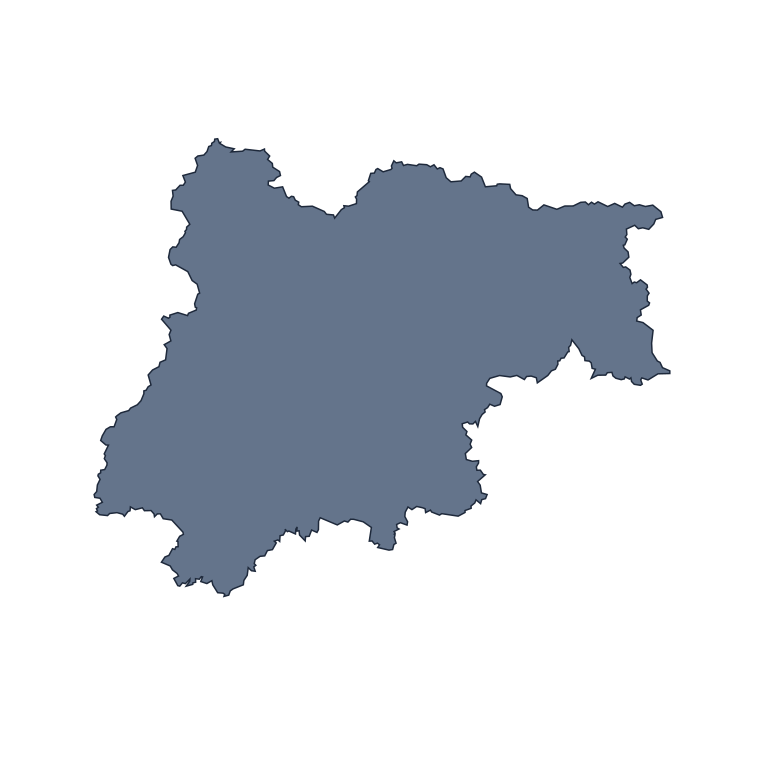 Trentino-Alto Adige, Bozen, Italy (Mercator projection), rotated 20°
{"feature_id": "23120603B10307341449000", "entity_name": "Trentino-Alto Adige", "entity_type": "district", "adm_level": 2, "iso_a3": "ITA", "parent_name": "Italy", "parent_adm1": "Bozen", "projection": "mercator", "projection_center": [11.286, 46.382], "detail": "fine", "context": "isolated", "style": "filled", "palette": "slate", "viewbox_px": 768, "rotation_deg": 20, "n_neighbors": 0, "source": "geoboundaries", "source_scale": "gbopen_adm2", "svg_char_len": 6170}
<svg xmlns="http://www.w3.org/2000/svg" viewBox="0 0 768 768"><g transform="rotate(20 384 384)"><path d="M231.1,584.4L245.8,592.0L246.9,593.9L244.1,597.0L243.1,602.5L244.2,602.4L246.2,607.3L244.2,608.2L244.0,611.0L241.6,611.1L240.5,618.6L237.3,621.5L235.8,627.6L245.3,628.1L248.8,631.0L254.4,632.8L256.6,634.7L253.0,638.6L259.2,644.0L261.2,643.8L262.6,639.8L265.7,639.5L268.3,633.7L268.9,635.9L267.3,641.6L272.8,637.7L272.5,636.2L274.8,634.7L273.5,631.4L277.2,630.6L278.2,627.5L279.5,627.3L279.4,632.3L285.8,632.1L289.5,627.7L291.8,631.3L299.1,637.0L304.2,635.6L306.3,636.1L306.3,638.3L310.3,635.5L310.3,631.0L312.2,628.2L320.5,620.8L319.5,616.6L320.9,610.6L319.2,603.0L323.3,604.8L327.0,604.0L324.2,600.4L325.6,598.2L323.5,597.2L323.0,593.2L326.5,588.3L330.7,586.3L331.4,580.4L335.8,577.8L337.1,570.2L334.7,569.2L337.6,566.8L339.8,567.6L338.2,562.1L341.0,560.3L341.7,555.4L340.6,554.3L343.7,555.8L344.9,554.7L352.1,555.2L350.8,550.5L351.3,548.0L352.3,552.1L354.4,551.0L356.3,554.8L363.6,558.4L362.5,554.2L365.8,552.7L365.9,546.0L371.8,546.4L372.2,543.3L369.4,535.2L369.8,531.5L388.3,532.4L393.6,526.3L397.3,526.1L398.9,522.5L401.8,521.5L411.6,520.6L421.2,523.1L423.9,536.7L426.5,535.6L430.0,537.7L432.3,535.8L434.8,536.6L434.0,539.8L445.5,538.4L448.7,536.6L448.2,531.4L449.8,529.5L446.3,524.8L445.9,521.8L445.0,521.6L445.5,520.4L443.9,519.2L447.7,515.1L445.5,514.7L443.9,511.7L446.9,508.7L453.9,508.7L453.3,505.4L448.9,501.4L447.8,497.2L448.6,491.4L453.2,492.5L456.6,487.9L462.5,487.1L465.3,487.1L467.1,490.6L470.8,486.6L472.5,488.0L481.0,488.2L482.6,486.1L498.9,482.8L504.1,477.0L503.4,475.2L508.4,471.0L507.5,468.9L510.0,464.7L510.1,461.4L515.7,463.4L515.4,459.2L518.6,457.0L518.7,452.6L512.8,453.0L509.0,446.2L505.3,443.6L510.2,434.7L508.3,435.0L504.0,432.0L500.8,433.3L499.1,430.3L499.9,426.0L499.1,423.7L493.5,426.4L487.2,426.8L484.2,421.5L488.1,413.7L485.5,411.1L485.6,406.7L478.3,403.8L478.2,400.3L472.7,397.8L471.1,394.6L475.6,391.1L478.0,392.2L481.2,391.1L482.7,387.9L486.7,391.9L485.7,384.0L486.6,379.1L488.6,375.7L487.2,373.7L489.4,370.8L490.3,366.8L495.5,367.1L500.1,363.6L499.5,355.6L497.1,353.0L481.0,350.7L480.2,348.2L481.5,342.5L489.7,336.5L500.2,334.2L505.9,330.5L514.4,331.8L515.4,328.2L519.6,326.2L525.0,326.0L527.7,330.5L535.0,320.0L536.8,314.4L540.0,311.5L540.7,306.0L539.4,303.0L541.2,302.1L541.6,299.2L544.3,297.9L545.7,291.1L546.9,290.2L545.0,286.4L546.1,283.8L545.4,278.2L555.0,284.2L560.3,289.4L563.1,289.9L564.8,293.3L569.1,292.3L571.5,293.3L574.2,298.1L577.6,297.8L576.8,307.9L581.9,302.6L589.3,299.8L590.0,297.0L594.2,295.1L596.4,298.1L599.9,299.3L605.4,298.8L608.1,297.0L608.1,294.8L613.0,295.4L613.9,293.8L615.8,297.0L619.2,298.7L625.5,297.5L626.7,295.8L623.8,292.3L624.2,290.1L630.7,289.9L638.0,280.7L649.0,276.4L648.1,273.9L640.1,273.4L636.0,269.3L633.0,268.9L625.2,262.9L621.5,254.1L618.5,241.5L606.4,237.7L599.9,238.4L599.2,235.0L602.1,231.2L599.6,226.6L605.8,219.5L605.8,217.0L603.0,216.0L601.3,211.1L602.0,208.0L597.8,205.2L598.5,203.0L597.4,200.9L589.4,198.4L586.8,202.4L584.3,202.6L582.8,204.8L578.5,199.8L578.5,196.5L576.2,192.8L571.1,191.3L569.0,192.6L564.6,190.0L566.9,188.7L570.7,181.1L568.2,176.4L563.1,174.1L561.4,171.8L562.7,170.9L563.1,164.7L560.4,163.4L561.1,160.5L558.8,155.5L565.3,149.1L569.9,151.1L573.7,148.7L579.9,148.1L582.8,141.4L583.0,136.4L588.8,132.2L585.3,127.4L575.4,124.0L568.9,127.8L562.7,128.2L558.2,130.9L552.7,129.3L548.9,132.5L547.6,136.3L539.0,135.4L533.5,140.7L522.8,139.6L520.2,143.0L516.8,142.2L514.8,145.6L511.0,144.1L506.7,146.0L500.9,152.0L492.9,155.0L486.7,160.7L473.0,161.0L468.7,168.1L464.2,169.6L459.4,168.4L455.1,160.7L449.4,159.8L443.3,161.1L436.1,157.1L433.9,153.4L424.2,156.4L422.1,157.5L422.1,159.2L411.8,164.0L404.9,156.2L396.5,154.0L394.2,157.0L394.1,159.9L389.8,161.0L387.1,166.8L377.7,171.1L371.9,168.9L365.9,161.7L362.6,161.6L360.5,163.7L356.0,160.9L353.3,164.0L349.2,163.3L341.7,165.4L340.1,167.7L330.9,169.6L327.6,172.0L324.6,169.2L319.8,172.0L316.9,170.9L316.4,176.6L317.8,178.6L317.1,180.1L310.6,184.9L304.4,183.7L303.1,185.2L302.8,189.1L299.5,190.6L299.8,198.4L301.0,198.9L293.3,212.6L294.2,216.2L293.1,218.0L295.0,219.6L296.4,223.9L289.9,229.0L285.3,230.2L286.5,231.9L284.3,234.7L280.9,245.0L278.7,242.4L271.9,244.2L268.9,242.3L255.9,241.4L245.7,245.7L242.1,244.8L241.7,242.3L237.8,241.6L235.0,238.9L232.8,239.3L231.1,241.9L228.3,241.2L221.3,233.4L214.0,237.5L207.1,236.6L206.0,232.9L211.0,230.5L212.4,226.7L215.4,223.5L213.2,220.1L205.3,218.3L203.6,214.9L197.8,212.8L198.6,208.9L192.2,206.0L191.3,204.1L187.8,207.4L173.2,210.9L171.5,213.6L161.0,218.2L162.8,214.2L154.2,215.4L147.4,214.1L147.7,212.9L146.6,213.6L143.8,210.4L141.2,211.8L141.7,214.1L139.8,216.7L140.3,218.9L138.1,220.8L138.2,226.1L136.4,230.5L131.1,233.4L129.3,236.5L134.1,242.4L134.2,249.5L123.7,256.9L128.3,262.2L127.4,265.9L124.4,267.0L121.9,272.9L119.0,274.4L121.6,279.6L121.4,285.1L124.2,292.4L135.2,290.7L146.9,300.3L144.9,304.1L145.6,306.4L144.7,308.6L145.7,309.8L144.9,314.3L142.5,318.1L143.1,321.4L141.9,326.6L138.6,327.4L137.0,330.8L138.2,338.7L142.8,344.3L144.9,345.0L147.4,343.3L161.2,345.5L168.3,352.4L174.3,354.1L179.7,361.7L178.3,363.3L178.6,373.4L180.4,376.4L181.8,376.4L182.3,378.7L176.1,384.4L176.0,386.9L165.8,387.4L159.2,392.5L160.0,394.4L159.0,395.9L153.8,395.5L152.8,399.2L165.4,406.3L165.2,411.0L169.0,416.4L164.0,422.2L168.0,424.9L170.5,436.0L166.1,440.2L166.6,444.7L161.7,450.0L159.3,456.2L165.4,464.6L163.3,467.3L162.6,471.2L160.7,472.6L161.7,475.3L161.4,482.7L159.3,487.9L154.1,493.3L153.2,496.3L146.6,501.1L144.0,505.0L143.1,506.8L145.0,508.7L145.0,516.5L141.5,517.8L138.3,521.7L137.0,529.1L137.1,534.0L143.5,536.4L146.0,535.7L145.0,545.4L146.7,546.6L146.7,549.8L150.7,552.7L151.4,555.1L150.8,559.9L147.3,561.9L148.1,564.4L146.4,566.5L146.6,568.2L149.8,570.7L149.2,576.9L150.8,583.3L149.4,587.0L151.0,589.5L156.2,588.5L159.8,591.5L155.4,596.1L157.7,597.5L156.4,599.5L158.2,601.2L157.1,602.5L161.5,604.1L169.2,602.2L170.5,599.5L177.1,596.2L183.0,595.7L185.3,597.1L187.0,591.4L188.7,590.0L187.7,586.2L193.3,587.1L199.3,583.0L202.2,585.0L208.4,582.6L212.4,584.8L213.7,587.2L215.4,583.6L218.3,582.5L222.6,586.1L231.1,584.4Z" fill="#64748b" stroke="#1e293b" stroke-width="1.5"/></g></svg>